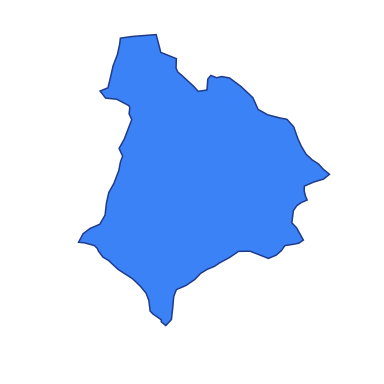 Kyongsong, Hamgyŏng-bukto, North Korea, rotated 111°
{"feature_id": "82179303B44322363830429", "entity_name": "Kyongsong", "entity_type": "district", "adm_level": 2, "iso_a3": "PRK", "parent_name": "North Korea", "parent_adm1": "Hamgyŏng-bukto", "projection": "robinson", "projection_center": [129.427, 41.678], "detail": "fine", "context": "isolated", "style": "filled", "palette": "blue", "viewbox_px": 384, "rotation_deg": 111, "n_neighbors": 0, "source": "geoboundaries", "source_scale": "gbopen_adm2", "svg_char_len": 1517}
<svg xmlns="http://www.w3.org/2000/svg" viewBox="0 0 384 384"><g transform="rotate(111 192 192)"><path d="M136.8,79.0L132.9,73.9L126.2,70.0L123.6,77.8L120.5,83.9L118.9,91.5L115.8,99.1L109.8,106.7L103.7,112.8L94.7,120.4L90.1,129.5L91.5,137.1L92.8,149.3L91.2,159.9L82.1,169.0L79.0,176.6L75.9,184.2L72.1,197.8L73.5,205.5L76.5,210.0L76.4,216.2L80.9,217.7L91.4,214.6L95.8,222.3L92.7,228.4L89.7,236.0L86.6,243.7L85.1,248.3L82.0,251.3L73.1,254.4L73.0,260.5L72.9,266.6L72.9,271.2L68.4,274.3L57.9,281.9L60.8,288.0L63.7,294.1L68.1,303.3L74.0,314.0L80.0,312.5L90.4,310.9L102.4,310.9L112.9,309.4L124.8,307.8L130.7,314.0L135.3,306.3L132.4,295.6L134.0,281.9L135.5,280.3L141.5,278.8L146.0,274.2L150.5,274.2L156.5,274.2L166.9,274.2L177.4,275.7L178.9,274.2L183.4,269.6L189.4,269.6L198.3,268.0L211.8,268.0L222.2,269.5L232.7,268.0L244.7,264.9L255.1,266.5L262.5,274.1L269.9,278.7L279.6,279.9L278.0,274.2L277.0,264.0L278.6,260.2L280.6,258.3L284.7,251.9L285.8,245.5L290.8,233.1L294.3,216.4L298.4,206.6L303.0,198.5L308.6,193.5L318.2,188.4L319.9,184.7L322.3,174.9L324.2,174.2L326.1,168.6L318.5,165.5L306.6,168.6L296.1,171.6L288.7,171.6L281.3,164.0L272.4,157.9L264.9,154.8L259.0,150.3L253.1,144.2L248.6,141.1L239.7,133.5L230.9,127.4L230.4,126.4L226.5,116.7L226.5,107.5L226.6,96.8L220.7,90.7L214.8,87.6L208.8,86.1L204.4,78.5L201.5,73.9L197.0,70.8L188.0,81.5L185.0,87.7L179.0,89.2L173.0,90.7L167.1,89.2L162.6,86.1L158.2,81.6L155.2,84.6L150.7,87.7L146.2,89.2L138.8,81.6L136.8,79.0Z" fill="#3b82f6" stroke="#1e3a8a" stroke-width="1.5"/></g></svg>